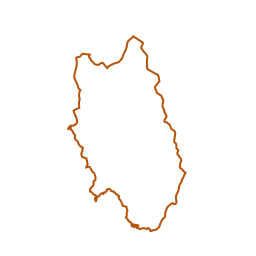 Bac Me, Hà Giang, Vietnam, rotated 35°
{"feature_id": "81297802B85329428934549", "entity_name": "Bac Me", "entity_type": "district", "adm_level": 2, "iso_a3": "VNM", "parent_name": "Vietnam", "parent_adm1": "Hà Giang", "projection": "equal_earth", "projection_center": [105.318, 22.763], "detail": "fine", "context": "isolated", "style": "outline", "palette": "amber", "viewbox_px": 256, "rotation_deg": 35, "n_neighbors": 0, "source": "geoboundaries", "source_scale": "gbopen_adm2", "svg_char_len": 5842}
<svg xmlns="http://www.w3.org/2000/svg" viewBox="0 0 256 256"><g transform="rotate(35 128 128)"><path d="M127.0,71.7L123.9,68.7L122.5,67.6L122.1,67.4L120.7,67.5L119.7,67.8L118.1,67.9L110.5,68.6L109.8,68.5L108.5,67.1L107.7,65.6L106.4,64.2L104.9,62.1L103.3,58.8L102.5,58.1L101.4,57.5L98.9,56.8L96.8,56.3L94.5,55.6L92.7,54.7L92.5,54.3L92.3,53.7L91.8,50.7L91.4,49.7L88.3,49.6L79.7,49.9L79.6,51.6L78.3,56.2L78.4,57.5L78.7,58.8L80.3,62.1L81.0,64.1L81.5,65.9L81.9,69.7L82.7,72.4L83.1,74.0L83.1,75.0L82.8,78.8L81.4,81.0L79.2,83.8L77.9,86.2L76.7,88.8L76.6,90.8L74.1,90.2L72.3,89.8L70.4,89.1L70.0,89.1L69.6,89.3L69.2,89.7L68.8,90.3L67.3,93.5L66.4,94.0L65.5,94.3L64.4,94.7L63.4,94.7L62.5,94.3L61.1,94.1L59.3,94.0L58.4,93.3L57.6,92.9L55.9,92.5L55.0,91.8L54.7,91.1L54.7,89.8L53.4,90.4L51.5,91.6L49.2,92.7L48.5,92.9L48.3,93.2L48.0,94.3L47.8,96.9L47.5,97.5L46.0,98.9L45.6,99.5L45.4,100.6L46.1,101.1L47.4,102.4L48.7,104.1L49.9,106.0L50.9,107.8L51.7,110.3L52.7,113.1L54.6,117.0L55.1,117.5L56.6,118.6L59.0,119.9L62.7,122.1L63.6,123.0L64.7,123.9L66.3,124.2L67.2,124.2L67.2,125.1L67.6,126.2L68.5,128.1L69.2,129.4L71.8,132.0L73.4,135.5L74.7,137.2L76.5,139.5L74.8,142.1L73.8,144.1L73.5,145.0L75.6,146.7L78.8,148.6L80.4,149.7L82.1,151.3L82.8,152.1L83.0,152.4L83.1,153.1L83.2,153.9L82.8,155.7L82.5,156.6L82.2,157.1L80.1,158.7L79.7,159.1L79.5,159.6L79.2,162.1L79.4,162.8L79.6,163.1L80.2,162.5L81.0,160.9L81.5,161.7L81.9,161.9L82.8,162.1L83.9,162.2L84.4,162.4L85.2,162.8L86.1,163.5L86.9,163.6L88.4,164.1L89.1,164.4L89.3,164.6L89.6,165.8L89.8,166.2L90.1,166.8L90.5,167.1L92.5,167.8L93.1,167.8L93.7,167.6L94.6,168.0L96.1,168.8L97.1,169.7L97.4,169.8L99.0,170.1L100.1,170.3L100.6,170.2L101.5,170.0L102.1,169.9L102.4,170.3L102.6,170.7L102.6,171.1L103.1,171.5L103.4,172.0L103.7,172.8L104.5,175.5L104.4,175.8L105.8,177.1L107.3,178.1L108.9,177.3L110.4,177.3L111.4,176.7L112.0,177.5L113.1,178.3L114.6,179.8L115.5,180.5L115.7,180.8L115.8,181.3L115.9,181.9L116.2,183.7L116.4,184.2L116.9,183.5L117.4,182.9L118.4,182.0L118.9,181.9L119.6,182.3L121.2,182.9L122.8,183.8L124.3,184.3L126.3,184.5L127.0,184.8L128.0,185.7L128.6,186.0L129.3,186.6L129.9,187.5L130.4,188.3L130.9,188.8L131.1,189.3L131.2,189.7L131.1,189.9L130.4,191.2L130.5,191.7L131.2,192.9L131.8,193.3L132.2,193.9L132.4,194.6L132.7,195.8L132.0,196.8L132.0,197.1L132.2,198.5L132.0,199.2L132.0,199.6L132.0,200.0L132.7,200.8L133.0,201.4L133.3,201.7L133.6,201.7L134.2,201.5L134.7,201.5L136.7,201.8L137.7,202.1L139.1,202.0L139.7,201.7L141.3,201.9L141.4,202.3L141.2,203.7L141.2,204.3L141.3,204.7L141.8,205.3L142.4,205.9L142.8,206.2L143.6,206.4L143.7,206.2L143.6,205.9L143.1,204.6L142.4,203.6L142.4,203.0L143.2,200.4L143.3,199.9L143.3,198.7L143.7,197.2L143.9,196.6L144.0,196.4L144.2,196.2L145.5,196.2L145.6,195.7L145.3,194.9L145.3,194.4L145.4,194.2L146.2,193.9L146.4,193.7L146.5,191.2L146.2,190.8L146.1,190.3L146.2,190.0L146.5,189.7L146.9,189.5L147.1,189.3L147.4,188.9L147.7,188.6L148.2,188.5L148.9,188.5L149.7,189.1L150.1,189.2L150.8,189.1L151.9,188.7L152.8,188.2L153.1,188.6L153.5,188.8L154.3,188.4L155.4,188.8L156.1,189.0L156.6,188.9L156.8,188.7L157.5,189.0L158.2,188.9L158.5,189.1L159.0,189.1L159.7,188.9L160.0,189.2L160.1,189.4L160.2,190.4L160.3,190.6L161.0,191.0L161.6,191.1L162.0,191.4L162.7,191.5L163.5,191.6L167.5,194.0L168.4,194.8L169.3,194.5L171.7,193.4L172.0,193.4L172.8,194.4L173.5,195.0L174.2,195.3L174.6,195.7L175.0,196.4L175.3,197.0L175.9,198.9L177.0,200.1L177.3,200.5L177.5,201.0L177.5,202.4L180.5,203.1L181.2,203.4L181.9,204.0L184.0,203.9L184.4,203.7L184.7,203.8L185.1,204.0L186.4,205.3L186.8,205.5L187.4,206.1L187.6,206.2L187.8,205.9L187.5,204.7L187.4,204.2L187.4,203.9L187.9,203.7L188.5,203.6L189.4,203.3L189.5,203.5L189.4,204.1L189.3,204.9L189.3,205.9L189.5,206.0L189.7,205.8L190.0,205.0L190.7,204.8L190.8,204.7L190.5,204.1L190.5,203.7L190.8,202.9L190.9,202.3L191.1,202.1L192.0,202.1L191.7,203.0L191.9,203.3L192.0,203.5L192.3,203.5L192.7,203.2L192.8,203.4L192.8,203.9L192.4,204.6L192.7,204.7L193.4,204.2L194.4,204.3L194.6,204.2L195.2,203.7L195.9,203.9L196.6,203.1L197.4,201.7L197.9,201.3L198.3,201.1L198.6,201.0L199.6,200.4L200.5,200.1L201.2,200.2L201.3,199.5L201.5,199.1L201.8,198.8L201.9,198.4L202.1,198.3L202.5,198.5L203.4,198.3L204.5,198.6L205.1,199.4L205.5,199.6L205.9,199.3L207.8,196.6L208.5,196.2L208.8,196.0L209.7,194.1L209.9,193.0L210.2,192.1L210.3,191.4L210.2,190.7L209.3,187.7L208.6,183.4L208.8,181.9L209.2,180.7L209.2,180.0L209.1,179.3L206.8,175.3L205.9,171.6L205.8,171.0L205.8,169.8L206.0,169.0L206.8,165.2L207.1,164.7L207.5,164.1L207.9,163.9L208.3,163.8L209.1,164.0L209.4,164.0L209.7,163.8L210.4,163.0L210.6,161.7L210.1,160.8L207.4,157.8L206.6,156.7L206.2,155.7L205.8,153.8L205.5,151.7L205.2,150.7L204.3,148.3L203.3,146.2L202.7,144.1L202.8,142.7L202.5,140.8L201.9,139.4L201.6,136.6L201.0,134.0L201.0,132.0L200.9,131.8L200.7,131.7L199.0,131.6L198.4,131.4L198.0,131.5L196.6,130.9L195.2,130.9L193.4,130.7L193.0,130.4L192.7,130.0L191.0,126.8L190.6,124.8L190.2,124.2L189.8,123.5L188.9,122.9L187.2,122.4L185.6,121.5L183.8,121.2L183.4,121.0L182.7,120.2L182.5,119.4L182.3,118.2L182.2,117.8L181.9,117.4L181.6,117.3L179.8,117.0L179.2,116.7L178.8,116.3L178.0,115.0L177.1,113.9L176.6,113.4L176.0,113.2L174.7,113.2L174.1,113.0L173.7,112.6L172.8,111.4L169.9,105.4L169.2,104.6L168.5,104.2L167.3,103.8L165.0,103.9L163.5,103.6L163.1,103.4L162.3,102.8L160.3,101.5L159.8,101.3L158.4,101.3L156.6,101.2L154.9,101.9L154.5,101.9L154.2,101.8L153.4,100.8L153.2,99.8L153.2,98.1L153.2,97.1L152.9,96.4L152.5,95.9L152.1,95.7L150.7,95.3L149.9,94.4L149.2,94.1L148.5,94.1L148.3,93.9L147.9,93.2L146.7,92.1L144.5,91.1L144.1,90.7L143.6,90.2L143.0,89.1L141.7,86.4L140.9,85.1L140.6,84.6L140.3,84.3L139.0,84.1L138.7,84.0L137.3,82.7L136.5,82.5L135.9,82.5L134.4,82.6L131.9,82.6L131.3,82.5L127.2,79.7L126.9,79.3L126.6,78.7L126.5,78.0L126.5,76.8L126.7,75.1L126.8,72.2L127.0,71.7Z" fill="none" stroke="#b45309" stroke-width="2"/></g></svg>